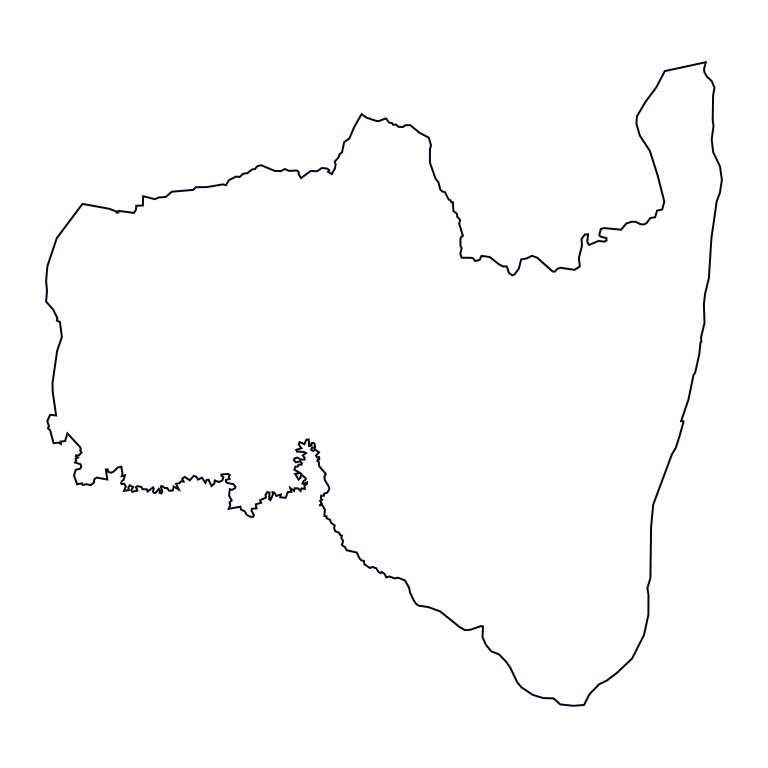 Nong Ruea, Khon Kaen, Thailand (Albers equal-area conic projection)
{"feature_id": "78962969B72555915440890", "entity_name": "Nong Ruea", "entity_type": "district", "adm_level": 2, "iso_a3": "THA", "parent_name": "Thailand", "parent_adm1": "Khon Kaen", "projection": "albers", "projection_center": [102.4, 16.491], "detail": "fine", "context": "isolated", "style": "outline", "palette": "ink", "viewbox_px": 768, "rotation_deg": 0, "n_neighbors": 0, "source": "geoboundaries", "source_scale": "gbopen_adm2", "svg_char_len": 6067}
<svg xmlns="http://www.w3.org/2000/svg" viewBox="0 0 768 768"><path d="M705.8,62.2L664.8,71.1L656.3,87.3L645.4,102.0L636.9,116.3L636.4,123.9L639.8,135.5L649.9,151.0L657.6,175.3L664.3,201.5L662.2,209.5L657.1,210.6L655.1,217.3L650.3,218.0L646.6,223.1L643.9,224.5L640.2,224.1L636.0,221.9L631.9,221.7L626.3,223.5L621.1,229.7L604.2,228.1L600.8,228.9L599.3,235.2L600.6,236.6L606.4,238.1L606.5,240.5L604.8,241.6L598.5,241.0L589.1,244.9L587.3,242.1L588.0,234.3L584.9,234.5L581.5,239.0L582.0,245.8L578.9,257.7L579.8,266.5L574.6,269.8L560.5,267.8L557.6,268.7L554.6,271.7L552.5,271.4L537.2,257.7L532.0,255.8L526.4,258.5L521.2,259.4L518.8,268.7L514.3,274.7L512.4,275.4L508.9,272.9L506.7,266.3L503.5,266.6L499.4,264.6L489.7,257.0L481.5,255.9L479.6,259.9L475.1,261.0L473.2,258.4L470.9,257.8L461.7,257.7L460.3,253.7L461.7,248.1L460.5,246.0L460.4,239.8L460.9,237.3L462.9,235.8L459.2,223.8L460.1,219.9L457.2,216.6L457.0,213.8L453.4,211.0L452.8,202.2L451.1,202.1L450.6,200.3L448.7,199.6L445.0,192.2L442.1,191.4L440.2,189.4L438.4,182.2L435.6,178.8L430.0,162.9L429.9,149.7L431.0,145.3L428.8,137.7L419.7,132.9L410.3,125.2L405.4,125.2L403.0,127.0L398.5,126.8L396.2,124.7L393.0,124.7L392.1,123.1L389.3,122.7L385.9,118.4L378.8,121.1L376.2,120.9L366.4,117.6L361.6,114.1L354.3,126.8L349.4,138.4L344.2,142.1L342.0,152.4L339.6,154.2L338.5,157.5L334.7,161.6L335.6,164.3L335.0,168.3L331.8,174.1L328.1,171.8L329.2,170.2L327.2,168.6L321.9,168.0L317.0,171.3L310.8,170.9L301.1,178.0L298.6,174.2L298.7,172.1L297.0,170.5L289.2,170.9L284.7,169.0L281.1,171.1L274.8,170.9L261.1,165.2L257.2,166.3L255.0,169.0L252.2,169.4L247.2,173.2L243.2,173.7L239.8,176.9L236.1,176.6L229.0,180.1L225.9,185.2L223.0,184.4L206.6,187.1L195.8,187.2L193.2,189.9L171.8,191.7L165.8,196.9L158.7,197.5L154.9,199.2L143.1,196.2L142.9,205.5L136.2,205.8L136.0,209.7L134.0,212.9L118.5,210.9L118.4,212.5L116.6,212.6L116.5,211.6L109.4,208.8L82.5,203.9L56.8,238.1L47.4,266.1L46.1,281.2L47.0,290.7L46.1,301.6L53.2,309.6L57.4,318.2L56.9,320.6L59.9,321.9L61.9,336.9L57.1,351.1L52.5,383.1L52.7,391.9L56.1,415.5L50.1,414.8L47.3,421.2L48.9,426.1L48.0,428.3L50.1,430.2L53.6,443.2L58.2,442.6L60.9,443.9L60.5,441.6L65.1,441.1L67.4,433.4L79.7,446.6L80.8,448.8L80.2,450.7L81.6,452.4L78.9,455.4L75.9,455.4L75.8,456.5L77.8,457.7L75.7,458.8L76.2,460.7L75.0,462.5L80.6,464.3L81.3,466.7L80.2,468.7L75.7,469.8L74.0,475.5L77.1,484.3L81.9,483.3L82.7,485.0L86.4,484.2L90.7,485.1L93.9,482.7L94.3,479.3L96.6,477.6L107.3,479.5L105.9,469.5L107.6,469.4L108.4,471.8L110.8,472.7L113.0,472.0L118.0,467.4L121.3,466.7L122.5,473.9L121.7,476.1L124.9,475.3L123.7,479.8L121.8,481.1L121.1,483.1L121.7,484.1L124.3,483.8L125.8,486.5L124.0,490.9L128.8,490.1L128.4,487.3L129.8,485.3L133.1,487.1L131.2,490.3L132.4,491.8L137.4,490.6L135.9,487.2L137.5,486.1L141.4,487.0L142.5,489.2L146.9,489.3L147.7,491.5L153.1,487.4L153.8,488.7L152.9,491.5L154.2,493.0L155.7,492.8L158.8,488.9L159.9,490.6L159.6,492.8L161.2,493.4L162.3,491.7L160.8,486.6L161.8,485.9L165.0,488.1L167.1,488.0L169.1,490.7L172.7,490.7L173.7,486.5L178.8,489.5L176.1,483.9L179.6,483.0L180.9,481.4L183.6,481.5L182.1,478.7L184.8,476.9L189.8,480.3L193.9,475.8L196.7,477.1L198.0,479.6L201.9,477.7L205.4,482.8L206.6,480.1L208.5,479.6L211.5,486.0L214.3,483.7L214.8,480.5L219.0,482.0L222.4,480.4L223.4,477.2L221.5,475.8L221.4,474.5L228.0,473.9L229.8,475.1L228.6,476.7L229.6,478.9L225.9,480.0L225.8,481.6L227.5,483.0L233.3,484.1L235.5,486.8L234.9,488.3L232.0,489.8L229.8,489.2L229.1,495.8L231.7,500.4L229.5,502.6L230.3,505.1L228.7,508.8L240.4,506.7L241.0,509.6L244.7,511.3L246.7,514.8L250.1,516.7L253.1,516.9L253.9,515.1L251.5,510.8L251.9,508.8L256.5,508.3L255.7,504.4L261.2,502.7L260.0,500.2L265.8,497.7L265.6,494.7L267.3,492.1L269.5,492.5L269.2,499.2L270.4,500.1L272.8,495.0L272.6,492.2L274.5,492.8L276.3,496.0L280.9,494.5L280.3,497.3L285.7,497.8L287.8,492.0L291.3,491.9L290.3,488.0L294.1,490.9L294.7,488.2L298.3,488.5L300.6,491.0L301.5,488.4L304.8,488.9L304.5,485.7L306.9,483.8L307.0,482.4L303.6,483.9L302.5,483.4L303.3,481.3L305.8,479.4L305.6,478.1L301.1,474.4L300.6,477.6L298.7,479.6L295.1,474.0L300.1,473.0L294.3,469.7L295.5,466.6L297.5,466.6L298.7,464.7L301.5,464.7L301.8,463.3L300.2,461.3L295.8,462.3L293.9,460.0L294.7,458.3L297.4,457.6L300.6,459.5L304.5,459.6L304.7,457.9L302.7,455.3L306.0,453.1L304.3,452.0L297.0,451.6L296.2,449.9L301.4,448.3L298.7,444.5L299.7,442.1L304.4,444.2L306.4,439.7L308.8,439.5L309.1,446.1L311.5,445.5L311.2,443.6L312.3,442.9L314.5,443.5L315.1,447.4L312.0,447.8L311.1,449.8L313.3,451.0L314.9,449.4L319.0,452.3L316.0,455.6L317.1,457.3L319.1,457.1L319.3,459.4L317.8,459.6L317.3,460.9L318.8,462.0L319.2,466.2L325.8,473.8L324.5,476.5L324.7,479.8L329.1,487.2L329.3,489.3L327.3,492.6L324.2,493.7L323.8,495.8L321.1,495.6L320.8,498.3L322.1,499.7L320.1,500.9L321.6,503.3L319.3,505.8L321.8,504.4L324.9,509.7L324.4,516.0L326.6,516.3L326.6,518.3L330.0,519.7L330.9,522.6L334.7,525.5L334.0,528.1L335.4,531.3L339.0,532.7L340.3,535.1L341.9,535.7L341.3,537.9L343.1,541.1L341.9,544.9L345.0,547.2L346.6,550.2L356.9,552.6L359.1,557.8L361.2,560.2L364.0,561.1L364.4,564.3L370.0,568.0L372.4,567.0L376.0,568.1L378.8,572.2L380.4,573.1L381.5,572.0L384.4,573.7L386.3,577.4L389.4,576.5L394.7,578.4L398.1,577.7L405.0,580.5L409.1,587.8L410.1,592.7L413.6,600.0L415.9,603.7L418.6,605.6L428.4,607.1L440.3,611.5L459.0,626.6L464.9,630.1L470.2,629.8L480.9,626.1L483.0,626.5L482.5,637.0L486.0,645.0L491.3,651.3L498.9,654.3L506.1,661.7L510.3,667.7L517.2,682.2L521.4,687.3L532.6,694.8L542.8,698.0L553.5,698.4L560.3,704.4L573.3,705.8L584.0,705.0L589.5,694.2L599.1,684.3L606.9,680.5L617.2,672.6L632.1,658.5L644.0,635.0L648.4,614.9L648.5,594.9L647.4,588.2L650.4,577.9L651.1,526.7L653.2,504.7L672.0,454.1L675.7,448.1L679.7,435.5L683.4,422.3L683.4,421.3L681.1,421.1L688.5,399.5L693.5,375.0L695.2,372.6L699.3,354.1L700.5,342.5L701.4,341.8L701.0,337.6L704.5,322.8L703.9,304.1L705.1,293.7L708.9,278.0L711.4,238.3L716.7,201.5L719.9,192.8L721.9,179.9L720.0,166.4L713.2,152.2L711.7,139.5L713.5,125.9L712.7,119.7L713.1,95.3L714.5,87.7L711.7,81.1L707.1,76.8L704.6,72.8L704.0,69.3L705.8,62.2Z" fill="none" stroke="#020617" stroke-width="2"/></svg>